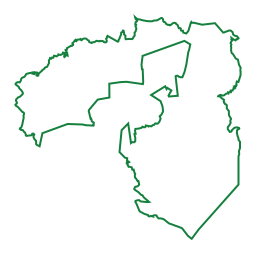 Xochihuehuetlán, Guerrero, Mexico
{"feature_id": "50627088B21353339735014", "entity_name": "Xochihuehuetlán", "entity_type": "district", "adm_level": 2, "iso_a3": "MEX", "parent_name": "Mexico", "parent_adm1": "Guerrero", "projection": "mercator", "projection_center": [-98.537, 17.893], "detail": "fine", "context": "isolated", "style": "outline", "palette": "green", "viewbox_px": 256, "rotation_deg": 0, "n_neighbors": 0, "source": "geoboundaries", "source_scale": "gbopen_adm2", "svg_char_len": 5647}
<svg xmlns="http://www.w3.org/2000/svg" viewBox="0 0 256 256"><path d="M191.7,238.8L198.8,229.3L238.5,184.6L238.5,156.3L239.2,154.3L239.0,150.8L240.0,148.2L240.0,141.8L238.5,139.7L238.5,138.4L237.7,136.4L236.9,133.1L237.0,130.4L237.6,129.7L239.2,128.8L239.3,128.4L239.1,128.0L237.3,127.4L235.4,127.5L234.1,128.0L231.9,130.2L231.3,131.6L229.8,131.9L227.8,129.2L227.8,127.1L229.6,124.9L230.7,122.6L230.3,121.4L230.4,120.2L230.9,119.5L231.0,118.7L229.3,115.9L228.9,114.6L228.9,111.1L226.8,108.4L226.8,105.2L226.0,104.4L225.1,104.1L224.1,102.7L224.3,102.3L223.9,102.0L223.7,101.1L224.0,99.8L221.5,98.1L220.2,96.5L218.2,96.3L218.5,95.7L220.5,94.9L222.6,95.6L223.9,95.4L226.2,93.7L227.7,93.3L228.2,93.5L228.2,92.5L228.7,92.8L229.8,91.9L230.5,92.3L230.9,92.2L230.7,90.6L232.4,90.6L232.4,90.1L233.6,89.2L233.4,88.8L233.6,87.9L234.2,87.4L235.1,88.0L235.3,87.8L235.0,86.7L234.6,86.4L235.7,86.2L235.5,85.7L236.5,85.3L236.4,83.2L236.8,81.5L238.4,82.0L240.5,75.4L240.6,71.6L240.3,70.9L240.6,67.7L239.0,64.7L237.9,59.6L235.8,58.6L233.1,54.2L231.7,53.0L231.1,50.7L231.2,47.0L230.9,46.3L231.4,44.6L230.6,43.2L231.3,41.4L232.2,40.5L231.5,39.5L231.8,39.3L231.5,37.9L233.7,39.5L235.6,40.4L236.5,39.1L237.6,39.2L237.8,38.7L238.5,38.4L238.4,37.9L236.9,36.2L234.7,35.7L233.2,34.5L232.6,32.2L230.6,30.5L229.1,30.5L223.9,32.5L223.1,32.5L215.0,23.2L202.2,24.7L193.7,22.7L191.8,22.9L191.3,22.0L190.9,22.5L188.4,30.9L186.3,33.5L183.3,32.6L182.9,30.7L181.8,30.8L180.9,30.4L180.8,28.6L180.2,28.1L178.8,28.2L177.6,25.0L176.1,23.9L175.7,23.1L174.5,22.8L173.2,23.0L170.5,25.1L169.8,24.9L169.6,25.2L168.6,24.8L167.9,24.9L166.0,23.8L165.5,22.7L164.6,22.0L163.9,21.9L163.1,20.9L163.2,19.8L162.6,18.6L161.8,18.0L160.8,18.2L157.2,20.3L153.7,20.6L152.1,21.3L147.6,21.2L142.2,20.2L139.9,19.4L138.3,19.4L136.1,18.2L135.1,17.2L135.4,18.5L137.1,20.8L136.7,21.5L135.6,22.2L135.6,23.2L135.2,24.1L135.4,24.6L136.1,24.9L135.5,26.3L136.2,27.8L136.3,29.1L135.5,31.6L134.6,32.6L134.7,35.6L133.6,36.9L132.9,38.4L132.2,39.1L130.3,38.9L125.7,39.2L125.3,37.4L125.5,35.8L124.1,34.4L124.1,32.6L123.7,31.9L123.6,30.7L123.2,30.6L122.9,30.6L122.7,32.1L121.5,32.3L121.2,32.6L121.1,34.6L119.8,37.4L119.6,38.5L118.7,39.7L118.4,41.3L117.8,41.7L107.5,35.9L106.9,36.9L106.9,37.8L106.1,38.7L106.8,40.8L106.7,41.6L106.0,42.3L104.3,42.3L103.9,42.1L103.6,41.4L101.7,40.9L100.3,41.2L99.8,40.9L99.1,41.3L96.5,40.8L94.5,42.1L92.1,42.4L91.7,43.0L89.5,42.2L89.0,41.7L88.8,40.6L87.6,40.0L86.5,38.9L85.7,38.5L84.0,38.5L82.2,39.2L81.8,40.1L81.2,40.2L80.4,39.0L79.0,39.6L77.2,39.7L76.4,41.2L75.7,41.0L75.4,40.0L74.8,40.5L73.2,42.7L72.4,43.2L72.5,43.9L73.1,44.5L73.0,45.0L72.7,45.0L71.8,46.0L71.0,45.8L66.9,48.2L67.0,49.0L66.5,50.1L65.6,50.0L65.7,50.7L66.4,51.3L66.6,52.1L67.2,52.8L67.1,53.9L67.5,54.5L67.6,55.6L67.2,55.4L67.0,54.5L66.2,54.7L65.2,56.4L64.4,57.0L64.2,56.6L64.5,56.2L64.3,55.5L65.2,54.6L64.5,54.0L65.0,53.0L63.0,52.6L62.8,53.7L60.8,54.9L59.8,54.9L58.4,54.4L58.2,55.3L56.4,56.4L54.5,55.7L53.9,55.8L53.4,57.7L51.7,57.7L51.5,58.5L51.2,58.7L50.0,58.1L49.5,59.6L48.9,60.4L49.0,63.1L47.1,66.8L45.1,67.5L44.6,68.0L44.5,68.6L42.3,70.1L41.6,71.2L41.0,71.5L38.9,73.5L38.2,74.9L38.3,75.5L37.5,75.8L36.6,75.5L37.0,74.7L37.1,73.8L38.0,73.2L36.8,72.4L35.4,72.5L34.6,74.1L33.1,73.8L33.9,73.0L34.4,73.1L34.2,72.2L31.9,72.5L30.6,73.0L29.1,73.1L27.9,73.6L27.2,73.6L26.2,74.1L25.3,75.7L24.4,76.8L21.9,77.9L21.2,79.0L20.9,80.5L19.7,82.4L18.0,82.1L16.4,82.7L15.5,84.1L15.6,84.4L18.7,86.8L19.4,88.5L21.3,90.3L22.6,92.3L22.9,93.3L22.6,94.2L20.4,96.3L19.4,97.0L18.2,97.3L16.1,99.5L16.0,100.8L16.8,102.2L16.9,103.2L15.4,104.8L15.8,105.7L17.8,106.9L22.4,112.0L23.5,112.4L24.0,113.2L24.0,114.2L23.5,115.6L23.7,117.6L22.2,124.9L21.4,127.1L21.1,127.7L19.9,128.3L19.8,129.0L21.2,130.0L22.5,130.0L23.2,130.5L23.7,131.6L24.9,132.4L25.8,134.4L25.8,135.4L26.4,135.9L31.6,135.2L32.3,133.7L33.5,133.6L34.3,134.6L33.6,135.8L33.5,137.1L34.5,139.3L36.0,140.7L36.2,144.2L36.9,144.9L39.6,146.3L42.4,133.2L67.6,124.0L82.7,124.5L85.6,125.2L93.5,125.6L93.7,125.2L93.3,124.5L93.7,124.1L93.8,122.6L92.2,121.7L91.7,120.8L91.6,119.9L90.8,119.2L91.1,118.3L90.4,118.0L88.7,110.8L89.1,109.8L97.7,99.6L109.4,97.5L109.3,83.7L120.6,82.1L126.5,81.8L142.9,84.1L143.2,82.0L142.7,69.4L142.0,69.3L141.5,64.7L142.6,55.9L184.4,40.9L190.3,44.4L189.1,49.9L188.3,52.1L186.3,64.8L184.5,72.0L182.6,76.8L182.3,77.3L180.7,77.2L179.2,76.9L177.5,75.7L176.0,75.9L175.6,76.3L177.8,95.8L168.9,96.5L168.5,95.5L171.4,90.5L167.4,87.9L166.6,89.1L165.2,86.3L151.1,95.0L160.5,101.1L162.0,104.9L162.6,106.9L163.0,111.2L162.8,112.1L161.1,115.1L159.7,116.2L160.6,118.6L159.4,121.7L158.0,123.4L157.0,123.7L155.3,123.4L154.0,124.9L152.6,125.2L151.5,126.3L149.6,126.1L148.4,126.5L148.0,125.9L145.8,125.5L145.6,126.7L145.1,127.2L143.9,127.3L142.4,126.7L141.6,127.8L138.5,128.6L135.4,128.9L135.0,130.6L135.6,133.6L134.8,133.5L134.4,133.9L135.3,137.9L135.2,141.4L134.0,142.3L132.2,142.1L131.0,143.1L128.2,123.5L121.6,130.2L119.5,152.1L125.0,157.7L127.2,158.2L127.0,161.4L128.5,161.4L129.2,162.1L126.8,163.3L127.7,164.4L127.5,164.8L128.6,166.8L129.4,166.7L131.8,167.4L132.2,169.6L132.6,169.8L133.7,169.6L134.6,173.1L135.2,173.8L134.8,175.5L135.0,177.5L136.3,178.9L137.6,181.1L138.4,181.0L138.5,181.3L139.2,184.6L137.8,186.2L135.1,186.9L134.2,189.0L135.0,189.9L138.6,192.3L141.1,194.9L142.4,195.2L143.8,197.4L149.1,201.9L147.1,202.1L140.5,201.4L139.3,200.2L137.7,200.2L135.5,200.9L135.4,202.0L136.4,203.6L139.6,211.3L144.4,213.9L148.1,215.1L148.2,215.8L148.9,216.3L150.0,216.4L150.7,215.9L152.5,216.4L152.3,216.1L153.9,215.3L156.4,215.4L157.6,217.4L158.7,218.5L160.1,218.3L163.4,219.0L169.0,223.4L180.9,227.7L182.1,228.3L187.9,235.8L191.7,238.8Z" fill="none" stroke="#15803d" stroke-width="2"/></svg>